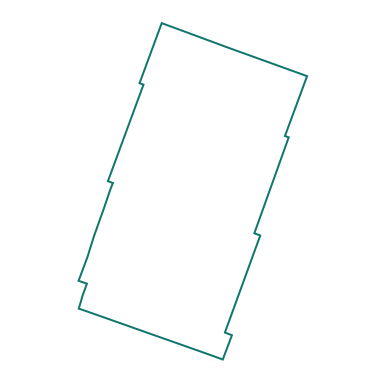 Sheridan, Nebraska, United States of America, rotated 20°
{"feature_id": "52423323B83294876539850", "entity_name": "Sheridan", "entity_type": "district", "adm_level": 2, "iso_a3": "USA", "parent_name": "United States of America", "parent_adm1": "Nebraska", "projection": "albers", "projection_center": [-102.456, 42.502], "detail": "fine", "context": "isolated", "style": "outline", "palette": "teal", "viewbox_px": 384, "rotation_deg": 20, "n_neighbors": 0, "source": "geoboundaries", "source_scale": "gbopen_adm2", "svg_char_len": 473}
<svg xmlns="http://www.w3.org/2000/svg" viewBox="0 0 384 384"><g transform="rotate(20 192 192)"><path d="M265.3,338.9L278.2,338.9L278.5,312.9L271.0,312.8L271.0,209.5L264.7,209.5L264.2,107.6L260.2,107.6L260.5,43.8L182.5,44.0L172.3,44.0L105.8,43.7L105.5,107.7L109.7,107.7L109.3,210.6L114.6,210.6L114.4,217.1L114.8,236.8L115.0,267.2L116.0,288.8L115.8,314.2L124.6,314.1L124.6,326.5L125.5,340.3L130.0,340.2L265.3,338.9Z" fill="none" stroke="#0f766e" stroke-width="2"/></g></svg>